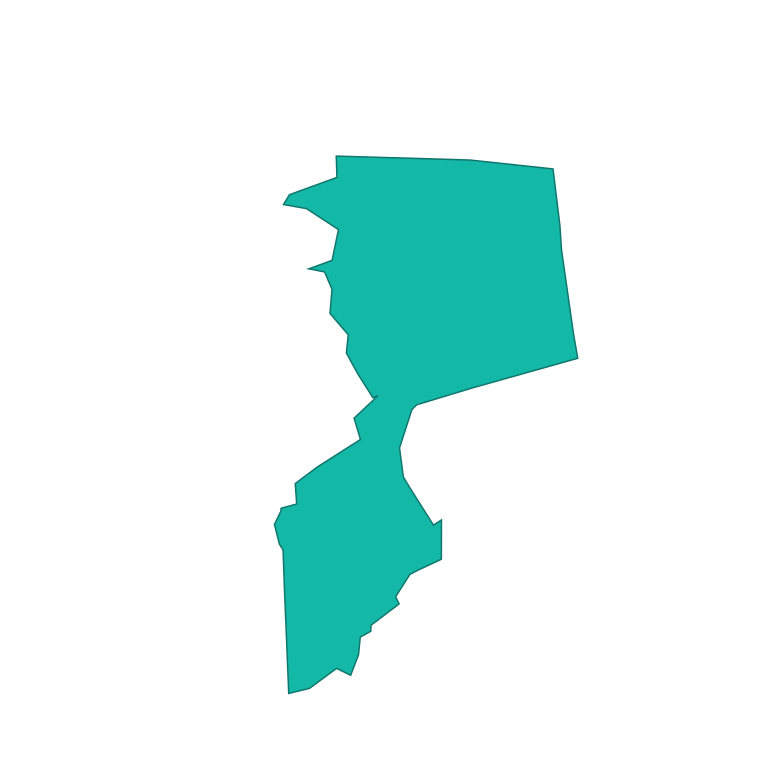 outline of Passaic, New Jersey, United States of America, rotated 52°
{"feature_id": "52423323B2670997782408", "entity_name": "Passaic", "entity_type": "district", "adm_level": 2, "iso_a3": "USA", "parent_name": "United States of America", "parent_adm1": "New Jersey", "projection": "equal_earth", "projection_center": [-74.273, 41.012], "detail": "fine", "context": "isolated", "style": "filled", "palette": "teal", "viewbox_px": 768, "rotation_deg": 52, "n_neighbors": 0, "source": "geoboundaries", "source_scale": "gbopen_adm2", "svg_char_len": 890}
<svg xmlns="http://www.w3.org/2000/svg" viewBox="0 0 768 768"><g transform="rotate(52 384 384)"><path d="M419.0,542.2L420.4,542.9L427.2,556.8L445.7,565.0L452.6,565.7L489.7,592.6L497.4,598.1L513.5,609.6L569.2,649.6L578.0,630.0L578.9,596.5L593.0,589.6L581.7,570.8L568.8,558.5L570.7,546.7L566.1,542.7L566.6,507.5L558.8,505.8L550.0,480.9L551.6,471.9L557.4,446.7L526.5,422.4L525.6,431.9L482.5,427.6L469.2,426.0L443.9,411.1L421.3,377.7L420.5,371.0L441.8,316.0L483.0,215.5L458.8,202.5L458.7,202.4L410.5,174.7L387.4,161.4L367.4,147.8L318.6,118.4L260.5,178.3L175.0,281.3L192.2,293.9L176.6,341.9L180.7,352.7L198.1,337.1L234.3,324.8L254.6,348.8L246.9,372.4L259.1,361.8L277.4,366.7L295.1,383.1L323.2,381.9L336.5,394.6L359.5,398.4L388.0,401.2L389.5,395.8L392.5,428.6L413.2,436.7L408.3,487.9L407.8,515.2L424.8,526.7L418.6,541.4L419.0,542.2Z" fill="#14b8a6" stroke="#0f766e" stroke-width="1.5"/></g></svg>